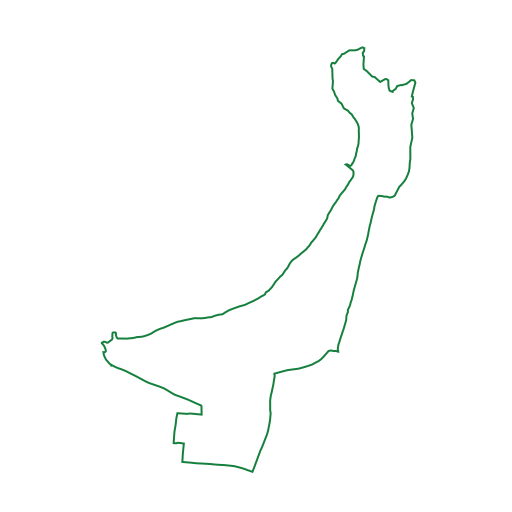 the district of Pigeon Island, Gros Islet, Saint Lucia, rotated 94°
{"feature_id": "8701671B47246158509977", "entity_name": "Pigeon Island", "entity_type": "district", "adm_level": 2, "iso_a3": "LCA", "parent_name": "Saint Lucia", "parent_adm1": "Gros Islet", "projection": "albers", "projection_center": [-60.958, 14.089], "detail": "fine", "context": "isolated", "style": "outline", "palette": "green", "viewbox_px": 512, "rotation_deg": 94, "n_neighbors": 0, "source": "geoboundaries", "source_scale": "gbopen_adm2", "svg_char_len": 6102}
<svg xmlns="http://www.w3.org/2000/svg" viewBox="0 0 512 512"><g transform="rotate(94 256 256)"><path d="M471.5,244.5L464.5,242.3L449.0,237.8L447.9,237.2L444.8,236.2L433.0,232.5L430.1,231.9L427.3,231.5L420.6,230.7L417.4,230.5L414.0,230.5L413.0,230.4L411.5,230.5L408.3,231.2L406.9,231.2L404.9,231.4L402.6,231.5L399.7,231.8L396.8,231.7L395.0,231.5L393.9,231.5L391.3,230.9L389.4,230.7L388.2,230.5L382.8,229.7L378.2,229.4L375.1,229.0L373.9,229.0L372.6,229.5L372.1,229.5L369.1,220.9L367.6,216.4L365.5,206.0L364.7,203.5L363.2,199.4L361.3,194.6L360.3,192.3L359.2,190.7L357.3,187.7L356.5,186.2L355.9,185.6L354.9,184.4L353.5,183.0L351.3,181.2L345.7,177.0L345.0,174.8L345.4,171.9L345.2,169.8L345.7,167.3L344.7,167.5L343.5,167.9L342.5,167.9L341.6,167.9L341.3,167.8L340.4,167.8L339.0,167.6L338.2,167.5L336.3,166.9L334.7,166.6L333.1,166.2L331.3,165.8L330.0,165.5L328.5,165.0L326.7,164.5L325.7,164.4L324.3,163.9L323.0,163.6L321.0,163.1L318.8,162.7L317.5,162.3L316.5,162.2L314.9,161.8L313.2,161.5L311.9,161.6L310.4,161.6L308.4,161.4L306.7,160.8L305.7,160.4L303.4,160.6L301.4,159.8L299.6,159.1L298.3,158.7L297.0,158.5L295.7,158.3L294.4,157.9L293.0,157.5L291.5,157.3L288.8,156.8L286.5,156.5L284.6,156.2L284.1,156.2L275.4,154.4L272.8,153.8L270.9,153.5L268.0,153.3L265.5,153.3L259.1,152.4L257.1,152.0L254.3,151.7L251.3,151.1L247.5,150.3L245.3,149.8L241.9,148.9L239.9,148.4L237.9,148.0L236.4,147.6L232.1,146.5L230.0,146.2L227.1,145.7L224.1,145.4L220.1,144.9L217.1,144.5L214.7,143.9L212.6,143.7L212.1,143.6L209.6,143.2L207.1,142.7L205.7,142.5L203.8,142.0L200.6,141.4L199.0,141.4L197.3,141.1L193.7,140.3L189.4,139.2L188.2,138.6L187.4,138.1L187.4,135.6L187.5,133.8L187.8,132.5L187.7,129.9L187.8,128.7L188.1,127.9L188.4,126.5L188.1,125.9L187.8,124.7L187.1,123.2L186.6,122.4L185.7,121.5L184.8,121.3L180.3,119.3L176.6,117.7L175.8,116.8L171.7,113.7L170.6,113.0L168.1,111.7L164.3,110.3L160.9,109.3L158.6,109.1L155.4,109.0L153.5,109.1L149.5,108.9L149.0,108.8L146.8,108.9L136.5,109.7L127.1,108.3L114.2,110.2L108.3,108.9L102.8,110.1L97.4,108.9L92.7,111.2L88.8,110.3L88.3,110.3L87.4,110.6L86.3,110.6L86.0,111.7L81.0,110.9L71.9,109.1L69.7,110.3L69.7,113.5L71.9,115.8L73.8,118.0L75.1,121.6L75.4,121.9L75.4,123.5L76.6,127.0L79.5,128.3L82.0,131.2L82.7,131.2L82.0,133.8L81.4,134.4L78.8,135.4L74.7,136.0L71.5,136.3L70.5,137.9L70.5,139.5L73.7,144.3L69.2,150.1L68.9,152.6L63.8,158.4L61.8,161.6L57.4,162.2L49.4,162.2L48.8,163.1L45.9,163.7L44.3,162.5L41.1,162.4L40.5,164.4L41.8,166.9L43.3,169.2L44.0,172.1L44.3,176.6L44.3,177.2L48.1,182.3L48.7,184.3L50.6,185.2L53.5,187.5L58.2,190.4L58.5,191.0L57.9,192.3L58.2,193.6L59.8,194.3L61.7,194.3L63.9,193.0L72.9,192.1L76.7,191.4L83.7,191.5L86.6,189.6L89.8,188.3L93.3,185.7L95.5,185.1L98.1,181.3L102.5,178.7L103.2,177.5L104.5,174.6L106.7,172.4L108.0,170.4L111.2,168.2L112.1,167.2L113.7,166.0L116.0,164.4L117.2,163.7L120.1,162.5L122.7,162.2L124.9,162.2L125.2,162.1L126.2,161.9L126.8,161.9L130.0,161.6L137.0,161.6L139.7,162.0L141.9,162.7L143.5,162.7L145.4,163.0L146.6,163.3L147.9,163.3L149.0,163.5L150.0,163.7L151.4,164.2L152.4,164.6L153.5,164.7L154.3,165.0L156.4,165.9L156.9,166.4L157.9,166.7L158.7,167.2L159.2,167.7L159.5,168.2L159.4,168.9L159.0,169.8L158.5,170.6L158.2,171.7L158.3,172.6L158.5,172.9L158.8,172.3L159.1,171.9L160.1,170.6L163.4,165.9L164.1,165.2L164.9,164.7L166.5,164.5L167.5,164.4L168.3,164.5L169.0,164.5L169.6,164.7L170.4,165.0L171.1,165.1L172.0,165.9L174.1,167.0L175.7,168.2L177.4,168.8L178.8,169.5L181.5,171.1L183.1,171.7L184.4,172.7L185.5,173.4L186.8,174.5L188.0,175.3L189.2,176.2L190.5,176.9L191.5,177.3L193.0,177.9L194.8,179.1L196.0,179.7L200.5,182.5L202.2,183.3L203.9,184.0L205.5,184.7L207.1,185.6L209.2,186.7L210.1,187.2L211.8,187.4L213.1,187.6L214.0,187.8L217.4,189.6L219.1,190.6L221.0,191.3L222.3,192.2L223.6,192.7L225.4,193.8L227.2,194.6L228.9,195.6L232.8,197.5L234.0,198.2L235.7,199.5L237.3,200.6L238.8,201.9L240.2,202.5L242.5,203.8L243.7,205.0L245.4,206.0L247.0,207.6L248.5,209.2L250.8,211.7L252.1,212.8L255.1,216.2L255.9,217.3L256.7,218.2L257.5,219.3L260.3,221.3L261.9,222.1L264.7,223.3L266.5,224.3L268.2,225.8L271.4,227.5L273.1,228.5L274.9,230.5L276.7,231.8L277.8,232.7L279.9,234.5L281.8,235.6L282.9,236.1L285.0,237.4L286.2,238.1L287.5,239.2L288.8,240.2L289.9,241.2L290.6,242.2L291.5,243.6L293.5,244.3L294.6,245.5L295.5,247.2L296.8,249.1L298.0,250.6L299.2,252.5L301.3,255.9L302.6,258.4L303.7,260.5L305.1,262.8L306.0,264.8L306.9,267.6L308.0,270.4L309.4,273.5L310.4,275.8L311.6,278.3L312.4,279.8L313.7,281.6L314.9,283.5L315.8,284.3L316.6,285.8L317.1,288.9L317.6,290.2L318.0,291.6L319.3,294.6L320.3,296.9L320.4,298.6L321.6,303.6L322.0,306.4L322.1,308.4L322.2,310.6L322.3,312.9L324.0,319.0L325.5,324.2L326.4,326.9L326.6,327.9L326.8,328.7L327.8,331.3L329.5,334.6L330.7,337.0L332.0,339.3L333.0,341.3L333.9,343.0L335.3,346.5L336.2,348.3L337.5,350.7L338.9,352.8L340.4,354.7L341.5,356.6L342.5,358.8L343.4,360.9L344.4,363.8L344.9,366.8L345.2,369.2L345.9,371.1L346.5,373.6L347.4,378.9L347.6,382.0L347.7,384.0L347.9,386.8L348.0,388.0L347.7,388.5L347.4,389.0L346.7,389.4L345.9,389.7L344.5,390.2L343.3,390.3L342.4,390.5L342.1,391.2L342.1,391.9L342.1,392.6L342.6,393.6L343.5,393.8L346.7,393.7L347.8,393.4L348.8,393.6L349.4,393.9L350.5,395.1L351.4,396.2L352.5,397.4L352.8,398.0L352.9,398.7L352.3,400.0L352.1,401.0L352.1,401.7L352.8,403.0L353.4,403.7L353.9,403.7L354.4,402.9L356.4,401.2L358.8,399.9L360.7,399.2L361.5,399.2L362.3,399.8L362.7,400.9L362.6,401.5L365.2,400.9L367.7,399.7L369.9,398.3L373.7,394.5L374.1,393.9L374.2,393.6L375.4,392.7L374.9,392.2L375.8,390.4L377.4,386.1L378.6,381.6L380.0,377.5L382.0,372.9L384.3,367.3L388.8,357.4L390.1,353.9L391.6,348.5L392.9,343.5L394.4,338.7L396.2,335.0L398.9,329.8L400.2,327.0L401.0,324.0L403.9,314.2L405.9,308.8L407.5,304.5L409.0,300.2L409.7,299.9L418.0,299.2L417.7,310.4L418.3,314.2L418.3,323.4L423.0,324.1L429.9,324.4L436.9,325.1L448.4,325.1L448.4,322.4L447.8,321.3L447.8,319.3L448.1,314.9L458.4,315.2L466.6,315.1L466.7,306.4L466.9,302.6L466.9,298.3L466.8,296.8L466.7,285.8L466.8,285.4L466.9,279.4L466.8,272.5L467.1,263.7L467.7,259.8L468.5,255.8L469.2,252.8L470.3,249.1L471.5,244.5Z" fill="none" stroke="#15803d" stroke-width="2"/></g></svg>